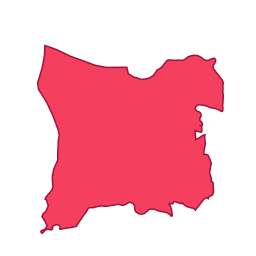 Kota Prabumulih, Sumatera Selatan, Indonesia, rotated 262°
{"feature_id": "22746128B13695709263199", "entity_name": "Kota Prabumulih", "entity_type": "district", "adm_level": 2, "iso_a3": "IDN", "parent_name": "Indonesia", "parent_adm1": "Sumatera Selatan", "projection": "orthographic", "projection_center": [104.198, -3.455], "detail": "fine", "context": "isolated", "style": "filled", "palette": "rose", "viewbox_px": 256, "rotation_deg": 262, "n_neighbors": 0, "source": "geoboundaries", "source_scale": "gbopen_adm2", "svg_char_len": 5646}
<svg xmlns="http://www.w3.org/2000/svg" viewBox="0 0 256 256"><g transform="rotate(262 128 128)"><path d="M106.3,54.1L97.3,48.6L90.7,46.4L87.4,45.9L80.4,45.5L78.3,44.7L76.5,43.3L70.9,37.1L69.1,36.0L68.1,37.2L62.0,38.2L56.6,34.8L54.8,31.9L52.4,30.5L46.4,33.1L42.2,34.2L39.1,31.5L38.6,28.8L37.9,27.4L36.1,27.6L35.7,28.2L37.1,30.4L38.7,32.2L38.8,33.7L38.7,35.4L38.0,37.0L37.9,38.3L38.3,39.1L39.1,39.4L39.9,38.9L41.8,41.0L42.2,42.7L42.0,45.1L40.4,46.8L38.9,47.2L37.7,46.3L37.2,46.4L37.2,46.7L37.2,48.3L37.3,49.2L37.4,56.1L37.7,63.0L40.9,65.7L43.4,68.0L45.9,70.2L48.2,72.3L50.6,74.9L53.2,76.8L54.3,78.1L54.4,79.3L54.1,81.1L53.9,82.8L54.4,85.6L54.5,87.8L54.6,91.3L53.9,93.2L53.5,95.6L53.5,97.4L53.6,99.8L53.6,102.6L53.7,105.0L53.9,107.3L53.5,108.4L52.9,110.0L52.1,112.1L52.4,113.8L52.7,115.1L53.6,117.1L54.1,118.6L54.1,119.1L54.1,119.4L54.1,119.6L54.1,119.8L54.0,120.1L53.9,120.3L53.8,120.6L53.6,120.9L53.4,121.2L53.3,121.4L53.3,121.5L53.1,121.7L53.1,121.8L52.8,122.1L52.6,122.3L52.2,122.6L51.9,122.8L51.6,123.0L51.2,123.2L50.9,123.4L50.7,123.5L49.9,123.5L49.6,123.5L48.1,123.5L47.7,123.5L47.1,123.5L46.2,123.5L45.5,123.5L44.6,123.8L43.7,124.3L43.4,124.6L43.2,124.8L43.0,125.1L42.2,125.9L41.8,126.5L41.5,127.1L41.2,127.6L41.1,128.3L40.9,128.8L40.9,129.0L40.8,129.6L40.8,130.1L40.9,130.5L40.9,130.8L40.9,131.1L41.0,131.7L41.1,131.9L41.1,132.1L41.2,132.4L41.4,132.9L41.7,133.4L42.0,133.8L42.1,134.1L42.4,134.5L42.5,134.8L42.8,135.2L43.5,136.2L43.7,136.5L44.2,137.5L44.5,138.1L44.6,138.4L44.6,138.5L44.1,141.6L44.2,141.9L44.1,142.1L43.6,143.1L43.2,144.0L42.5,145.0L42.2,145.7L42.0,146.0L41.9,146.4L41.7,146.8L41.6,147.0L41.5,147.4L41.3,147.8L41.2,147.9L41.1,148.2L41.0,148.6L40.8,149.2L40.6,149.6L40.4,150.2L40.1,151.1L39.9,151.6L39.3,153.5L38.9,154.3L38.7,154.7L38.5,155.1L37.9,155.7L37.4,156.3L37.0,156.8L36.6,157.2L36.4,157.5L36.2,157.7L35.9,158.1L35.4,158.1L35.1,158.1L34.8,158.4L34.7,158.8L34.7,159.3L34.9,159.5L35.1,159.6L35.4,159.6L35.6,159.7L35.9,159.7L36.1,159.7L36.3,159.7L36.9,159.7L37.0,159.7L38.1,159.7L38.7,159.7L39.1,159.7L39.5,159.7L40.6,159.7L41.0,159.7L41.7,159.7L42.4,159.5L42.5,159.5L43.2,159.4L43.4,159.4L44.3,159.2L44.9,159.1L46.0,158.6L46.3,158.5L46.4,158.1L46.8,158.1L47.1,158.1L47.4,158.5L47.6,158.9L47.2,159.6L46.9,160.3L46.7,160.8L46.7,161.2L46.7,161.4L46.9,161.8L47.1,162.0L47.3,162.1L47.6,162.2L47.8,162.3L48.0,162.5L48.3,162.7L48.4,162.8L48.6,163.2L48.6,163.4L48.6,163.7L48.6,164.1L48.5,164.4L48.4,164.6L48.2,164.9L48.1,165.1L48.0,165.4L47.2,167.0L46.7,167.9L46.4,168.4L46.2,168.7L46.1,169.0L46.0,169.3L45.9,169.8L45.9,170.4L45.8,170.8L45.8,171.2L45.9,171.5L46.0,171.6L45.4,171.8L43.3,173.8L41.8,175.7L40.0,179.6L39.4,181.9L37.3,183.3L46.6,192.9L48.2,195.9L46.8,197.6L48.3,198.2L50.1,202.5L52.7,203.8L62.1,204.6L63.1,203.9L63.7,203.3L64.5,203.0L64.9,203.1L65.4,203.3L66.1,203.4L67.1,203.4L68.3,203.3L69.4,203.1L70.5,202.8L71.5,202.7L72.0,202.7L72.3,202.7L72.9,202.7L74.1,203.1L75.2,203.6L76.3,203.8L77.9,204.3L79.6,204.8L80.8,205.4L81.3,205.6L81.6,205.6L82.6,205.4L83.9,205.1L84.9,204.9L86.3,204.6L87.4,204.2L87.9,204.0L88.7,203.9L89.5,203.7L90.1,203.4L90.4,202.9L90.8,202.3L91.0,201.7L91.2,200.5L91.1,199.6L91.1,199.3L91.3,199.3L94.8,200.1L101.8,202.4L107.1,202.6L109.7,202.9L110.5,203.3L110.5,201.9L109.6,199.5L108.3,197.2L107.1,193.5L116.2,194.1L115.2,195.7L114.1,198.5L113.6,200.2L114.2,200.4L115.6,200.9L116.8,200.9L118.1,201.1L119.4,201.2L119.3,201.7L119.9,200.7L119.9,200.8L120.0,201.2L120.4,201.8L120.4,202.0L120.8,202.2L121.0,202.3L121.4,202.3L122.3,202.3L122.9,201.9L123.6,201.7L124.1,201.2L124.5,201.0L124.9,200.5L125.8,200.4L126.6,200.2L127.2,200.4L128.1,200.8L128.4,201.1L128.9,201.6L129.1,201.7L129.5,202.0L130.3,202.2L130.8,202.3L131.8,202.1L132.5,201.9L133.6,201.3L134.2,200.5L134.7,199.4L135.2,198.6L135.9,198.0L136.7,197.6L137.3,197.5L137.9,197.5L138.1,197.3L138.7,197.5L139.6,198.3L140.3,199.2L140.5,199.3L140.4,199.3L141.0,200.2L141.0,200.3L141.1,200.8L141.0,202.2L141.0,202.3L140.6,203.7L140.4,204.4L140.0,205.5L139.8,206.2L139.8,206.3L139.4,207.8L139.3,208.0L139.0,208.6L138.9,208.6L138.7,209.0L138.5,209.3L138.4,209.5L137.9,210.5L137.7,210.8L136.9,212.1L136.9,212.3L136.3,213.5L136.2,213.7L136.0,214.4L135.8,215.1L135.5,215.9L135.3,216.7L135.0,217.3L134.5,218.4L134.0,219.2L133.8,219.7L133.5,220.3L132.5,221.6L131.9,222.2L131.3,223.1L131.6,224.0L132.1,224.3L133.4,224.5L134.2,224.6L134.9,224.8L135.9,224.8L136.4,224.8L137.1,224.9L137.8,224.9L138.2,225.1L138.7,225.3L139.2,225.5L140.1,225.5L141.2,225.8L141.9,225.9L143.2,226.2L145.0,226.6L147.0,226.9L148.8,226.9L150.2,226.8L151.8,227.2L154.1,227.6L156.4,227.8L157.1,227.8L158.9,228.6L159.8,228.6L160.8,228.4L162.3,228.1L165.9,225.9L168.1,224.8L169.8,223.7L171.9,222.5L173.7,221.6L174.8,220.9L175.7,220.9L176.9,220.6L178.0,221.0L179.2,222.3L180.9,223.6L182.2,224.1L183.1,224.3L184.3,223.8L185.0,223.5L185.1,221.7L184.6,219.9L184.4,218.8L183.8,217.3L184.0,215.7L184.2,214.3L185.1,212.9L186.8,211.2L188.1,209.9L189.0,208.5L189.9,207.2L190.3,205.6L190.8,203.9L190.7,202.2L190.7,201.6L190.8,201.6L190.6,200.3L190.4,198.6L189.9,197.0L189.1,195.6L188.1,194.0L187.6,192.7L187.5,190.9L187.7,189.4L188.1,187.8L188.4,187.0L188.2,185.3L188.5,183.8L188.9,181.7L189.2,180.1L189.7,178.4L189.7,176.8L188.6,175.1L184.6,171.0L183.5,169.8L183.5,169.7L183.1,168.9L182.3,167.5L181.5,165.6L181.2,164.5L180.8,164.5L176.7,160.7L174.5,156.0L174.2,153.5L174.2,148.1L176.0,144.7L177.5,141.0L181.6,135.9L188.3,135.3L191.0,115.0L194.6,104.4L207.2,80.7L215.6,68.1L221.3,57.2L212.5,55.6L202.8,52.6L195.5,49.6L185.3,44.8L178.6,44.8L167.6,49.9L164.0,51.3L149.9,55.6L136.2,58.5L130.8,59.0L124.9,57.2L110.3,54.5L106.3,54.1Z" fill="#f43f5e" stroke="#9f1239" stroke-width="1.5"/></g></svg>